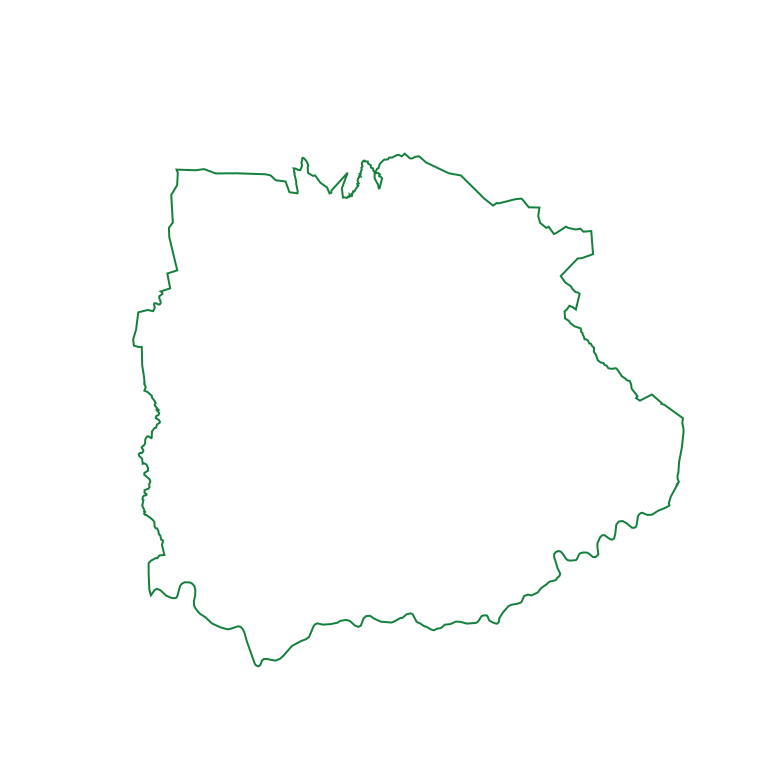 outline of Zirándaro, Guerrero, Mexico, rotated 165°
{"feature_id": "50627088B9136156022716", "entity_name": "Zirándaro", "entity_type": "district", "adm_level": 2, "iso_a3": "MEX", "parent_name": "Mexico", "parent_adm1": "Guerrero", "projection": "equal_earth", "projection_center": [-101.197, 18.328], "detail": "fine", "context": "isolated", "style": "outline", "palette": "green", "viewbox_px": 768, "rotation_deg": 165, "n_neighbors": 0, "source": "geoboundaries", "source_scale": "gbopen_adm2", "svg_char_len": 6166}
<svg xmlns="http://www.w3.org/2000/svg" viewBox="0 0 768 768"><g transform="rotate(165 384 384)"><path d="M286.0,587.1L291.2,594.9L295.1,595.4L298.4,594.6L299.9,595.0L300.6,595.3L304.3,601.1L307.9,599.3L310.4,601.5L311.8,601.8L317.6,600.6L320.4,601.4L322.0,600.0L326.0,600.6L331.0,597.8L333.4,594.0L334.9,593.7L337.2,591.3L337.0,589.7L335.1,589.4L333.6,587.4L334.6,586.7L334.8,585.9L333.3,584.7L332.6,583.2L337.6,574.3L338.4,574.3L338.2,578.9L338.8,580.3L339.8,585.4L338.5,589.9L338.4,591.7L339.1,593.1L338.7,595.0L340.6,596.4L340.2,598.9L342.2,600.7L342.1,603.1L344.2,603.7L344.7,604.6L345.3,604.2L346.0,604.9L348.2,603.3L348.6,601.3L348.4,599.7L349.9,598.7L350.0,596.7L351.4,595.4L352.2,593.0L353.1,593.2L352.8,590.4L354.4,591.1L354.7,590.0L356.2,588.8L356.9,587.0L356.5,584.3L358.0,584.3L358.3,583.3L357.5,582.2L360.1,580.4L362.3,578.0L362.9,577.6L363.8,578.2L364.7,576.6L366.0,576.0L365.8,574.9L366.3,574.0L367.7,574.3L368.3,575.8L369.0,573.8L370.5,574.3L370.9,573.5L371.9,573.4L373.9,574.5L375.4,574.7L374.0,584.0L364.4,597.5L384.7,584.5L385.4,582.3L387.3,582.2L388.1,588.5L393.3,594.8L396.6,603.3L398.7,603.4L402.5,607.2L402.7,607.8L401.6,613.2L400.5,614.7L401.1,618.9L402.7,622.5L403.8,623.5L404.5,623.3L405.3,620.8L406.4,619.5L406.6,616.1L409.5,612.3L411.6,613.1L413.5,614.9L415.5,615.6L415.1,614.3L415.7,613.4L416.0,611.7L415.6,610.9L416.2,610.0L416.4,601.9L417.0,600.3L417.5,592.1L418.3,590.6L425.7,593.7L426.7,605.1L435.8,608.8L439.6,614.9L444.3,617.3L471.9,625.7L492.2,631.0L502.1,638.1L510.6,639.2L528.9,644.8L528.5,641.4L532.3,629.7L540.6,621.6L546.2,594.6L551.3,590.6L553.4,581.5L554.3,547.3L564.7,546.8L565.8,531.7L575.7,531.2L574.6,529.9L574.7,528.3L578.4,526.9L578.8,525.1L578.4,521.4L578.7,520.1L579.9,519.0L581.2,519.1L583.5,521.1L585.1,521.3L585.6,520.5L585.6,517.2L588.1,514.1L593.3,516.7L602.8,516.8L609.4,500.7L614.7,492.1L615.7,485.8L611.9,483.5L608.4,482.4L612.8,464.3L613.9,453.4L615.1,446.5L615.4,446.6L615.6,445.8L614.9,442.6L617.2,439.6L614.6,437.6L611.3,432.6L611.7,431.1L609.8,426.7L609.9,425.7L609.5,424.7L611.0,423.1L608.8,417.8L610.1,418.5L610.5,417.9L608.6,414.1L610.0,412.3L612.0,412.1L613.3,410.5L613.1,409.8L610.8,407.7L610.2,405.4L610.8,404.6L613.8,403.7L615.3,400.9L617.1,400.9L620.4,398.2L622.4,392.0L622.9,391.9L624.9,394.3L626.1,394.7L628.0,393.3L628.9,392.2L630.2,388.4L631.3,387.2L634.4,385.7L634.5,384.9L633.6,382.5L633.8,381.5L635.5,380.1L637.6,380.5L639.0,379.8L639.1,377.9L637.0,374.5L637.7,369.4L636.4,369.6L634.3,367.8L633.6,364.3L634.3,361.4L638.3,360.2L639.1,358.5L635.1,352.8L635.0,350.2L636.8,347.9L637.3,344.8L638.7,343.9L642.7,343.5L643.5,341.0L641.9,339.1L642.0,338.5L642.9,338.1L644.8,338.3L646.2,337.3L647.2,335.2L646.4,334.1L649.0,329.0L648.1,323.8L648.2,323.1L648.6,322.9L647.9,322.2L649.3,320.9L648.5,319.3L647.7,319.2L644.3,315.2L642.2,312.0L641.6,309.7L642.5,306.0L641.9,303.7L640.5,303.2L640.0,300.8L640.3,297.1L639.3,295.6L639.5,291.4L638.3,290.5L638.1,289.4L640.1,286.2L640.4,275.7L645.3,276.5L648.1,274.4L649.5,274.9L654.9,273.6L657.7,271.9L660.4,261.9L663.9,245.9L663.9,240.2L658.8,244.4L656.3,244.9L653.2,242.5L649.1,235.8L644.1,232.0L641.1,231.2L639.8,231.4L638.5,232.7L633.3,241.6L631.3,243.3L627.9,244.1L622.8,242.5L621.1,241.0L619.5,238.1L619.5,234.0L621.2,228.5L623.8,223.5L624.8,219.2L624.2,216.3L622.6,212.3L621.0,209.4L617.2,205.3L612.0,197.1L604.7,191.1L598.8,187.6L595.8,187.2L587.8,187.8L585.3,186.5L583.9,183.7L583.2,180.4L583.1,171.0L581.2,147.2L580.3,145.1L578.4,143.8L576.2,144.6L573.2,148.6L571.3,149.4L568.4,148.7L560.5,144.9L555.6,145.5L551.6,147.5L540.7,154.8L531.0,157.1L525.4,157.7L521.9,159.0L514.6,168.4L512.5,169.8L510.1,170.0L505.6,167.5L498.1,165.9L490.6,165.5L487.5,166.5L481.7,165.9L478.4,164.1L474.6,158.2L471.6,156.0L468.9,156.6L464.4,162.9L461.5,164.4L457.5,163.7L454.0,159.7L448.5,155.2L438.7,151.7L436.4,151.8L428.9,153.7L426.7,153.3L421.9,155.7L417.7,155.6L415.9,154.3L414.3,146.8L413.5,145.3L410.7,143.0L407.9,139.6L405.8,138.5L402.0,134.6L399.5,133.2L396.0,133.9L392.1,133.5L387.6,135.8L382.2,134.9L376.0,135.9L371.6,134.4L365.9,131.1L356.9,129.4L354.7,130.2L349.8,134.5L347.3,134.7L344.3,133.6L343.5,128.4L341.5,126.2L338.4,123.9L336.5,123.2L334.6,124.5L333.4,127.6L331.6,129.5L327.9,132.8L321.4,137.1L318.2,137.8L312.4,137.2L308.6,137.4L307.6,137.9L303.4,143.0L299.4,143.3L296.3,141.6L289.5,142.8L285.2,146.1L278.9,148.4L275.5,150.2L268.8,150.1L266.6,152.1L264.9,152.7L263.9,153.5L262.9,155.3L264.0,161.0L264.4,173.2L263.6,175.7L261.6,177.2L259.1,177.6L256.8,176.5L255.4,174.0L253.3,167.9L252.1,166.3L249.9,165.2L244.2,164.2L243.0,164.9L239.5,169.1L238.2,169.7L235.3,169.7L231.8,168.7L229.9,167.1L227.0,162.8L224.5,162.0L221.1,163.8L220.0,171.4L219.1,174.8L214.9,180.0L212.4,181.4L210.1,180.9L205.9,175.7L204.1,174.6L201.8,175.1L199.3,179.6L196.0,188.1L193.0,190.3L189.1,190.0L185.5,186.4L181.6,180.9L179.2,180.3L177.4,181.1L176.3,182.7L173.0,190.5L171.5,191.9L169.6,192.8L167.9,192.8L163.4,189.3L158.9,188.4L152.1,190.6L144.2,191.6L139.8,192.7L139.7,195.2L136.2,200.9L125.9,211.7L126.4,211.8L124.5,213.2L125.0,216.3L124.2,219.6L122.6,222.2L119.2,232.2L112.7,245.6L107.0,260.3L106.3,263.6L106.0,268.9L104.1,273.6L118.7,291.5L121.2,293.0L120.7,293.7L127.9,304.5L141.1,301.7L144.2,305.2L142.3,306.6L146.0,315.4L145.4,319.5L145.8,323.4L148.4,324.6L149.3,326.5L152.2,329.9L155.2,338.4L156.1,339.3L159.8,339.6L163.2,341.1L164.2,344.1L166.1,345.5L166.6,347.4L169.0,348.6L171.3,351.4L171.7,357.3L173.0,360.8L172.1,362.9L171.8,364.8L173.1,366.6L173.7,369.3L175.2,370.0L175.7,373.2L177.3,375.0L178.6,375.2L178.8,375.8L178.7,378.4L179.3,379.7L179.0,381.7L180.1,383.3L179.5,385.0L179.6,386.8L184.9,390.3L188.1,394.3L189.2,397.2L192.1,400.5L190.8,407.4L187.9,408.8L184.7,411.6L181.6,409.1L179.4,406.3L171.7,420.5L173.0,422.2L175.2,423.2L177.5,427.2L178.1,430.0L182.7,435.2L185.3,442.5L164.5,455.1L160.5,454.4L148.5,455.3L144.2,478.1L152.0,479.5L154.1,483.2L158.7,483.6L165.3,486.9L167.5,488.9L178.4,485.3L181.1,485.0L184.3,493.3L186.8,492.7L191.5,499.2L191.6,506.3L188.2,514.2L198.4,517.2L202.5,526.4L203.6,527.6L209.5,528.5L226.8,528.8L227.9,529.7L232.5,528.1L239.2,537.2L255.7,565.5L266.9,570.8L286.0,587.1Z" fill="none" stroke="#15803d" stroke-width="2"/></g></svg>